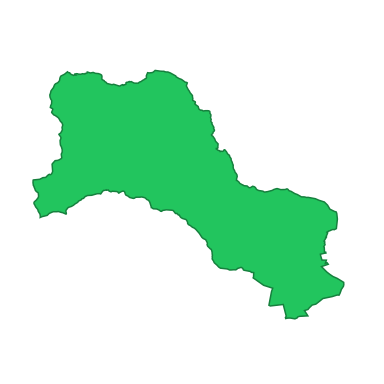 the district of Ghelinta, Covasna, Romania, rotated 185°
{"feature_id": "2599482B945421352302", "entity_name": "Ghelinta", "entity_type": "district", "adm_level": 2, "iso_a3": "ROU", "parent_name": "Romania", "parent_adm1": "Covasna", "projection": "equal_earth", "projection_center": [26.296, 45.92], "detail": "fine", "context": "isolated", "style": "filled", "palette": "green", "viewbox_px": 384, "rotation_deg": 185, "n_neighbors": 0, "source": "geoboundaries", "source_scale": "gbopen_adm2", "svg_char_len": 6066}
<svg xmlns="http://www.w3.org/2000/svg" viewBox="0 0 384 384"><g transform="rotate(185 192 192)"><path d="M326.5,300.9L329.3,298.2L332.7,296.1L333.2,295.1L333.5,293.9L333.7,291.3L335.2,289.2L337.4,287.9L338.3,286.7L339.1,284.0L341.3,280.4L341.6,278.1L342.1,276.3L341.7,274.2L340.7,272.1L340.0,271.3L339.7,270.6L339.6,267.5L340.3,265.7L340.5,263.8L338.3,262.9L337.9,262.4L338.1,261.3L338.7,259.5L338.7,258.9L336.5,256.8L334.8,256.2L331.9,254.5L331.0,253.6L329.2,250.9L327.6,249.6L326.6,247.5L327.1,244.9L326.6,242.9L326.8,241.9L328.0,239.3L329.5,238.1L329.6,237.7L328.0,235.9L327.3,234.8L327.3,233.7L327.9,231.9L327.7,230.3L327.2,227.4L326.0,225.5L325.0,222.9L324.8,220.2L325.4,218.9L325.5,218.0L324.7,214.7L325.3,213.8L327.1,212.5L328.6,211.8L331.1,211.3L333.5,208.1L333.8,207.5L333.7,206.9L332.6,200.3L333.3,198.1L334.0,197.2L334.6,196.9L335.5,197.2L336.2,196.9L337.2,196.0L339.0,193.8L341.8,193.3L344.8,191.4L351.0,190.2L351.3,190.0L351.2,187.4L350.6,184.7L349.7,183.5L349.6,182.8L348.8,181.5L348.2,180.0L347.0,178.8L345.2,177.9L344.6,175.4L344.5,173.8L344.7,173.1L346.3,170.5L348.0,168.7L348.4,168.1L348.5,167.2L348.2,166.3L347.3,165.1L346.5,163.6L344.1,161.1L343.5,159.4L341.5,156.7L341.0,154.8L341.0,153.4L339.4,154.3L334.2,156.1L332.4,158.2L329.1,160.0L328.2,160.3L325.5,160.5L323.2,160.9L320.6,160.3L318.9,160.1L315.6,159.0L315.3,159.4L315.4,160.0L316.0,161.9L315.9,162.8L314.2,165.5L313.4,166.1L310.9,167.1L308.9,168.5L307.4,170.0L305.0,171.7L304.3,173.0L301.6,174.6L301.1,175.6L299.5,176.2L298.1,178.1L295.8,179.4L291.6,180.0L286.4,182.0L284.0,182.3L282.8,182.1L281.3,184.6L280.2,185.9L279.0,186.0L277.6,186.7L277.3,186.3L275.5,186.7L274.7,185.7L272.7,185.1L271.5,185.8L267.0,185.9L265.9,185.6L265.3,184.8L264.8,184.5L263.9,185.3L261.7,186.6L260.9,186.9L259.9,186.8L259.1,186.2L258.2,184.0L257.5,183.1L255.5,182.4L253.6,181.1L249.9,180.5L249.1,180.7L247.4,181.9L243.5,182.3L241.6,182.7L238.7,182.2L237.6,181.7L236.6,180.7L234.5,179.9L233.2,178.2L231.3,173.6L231.2,172.9L230.8,172.9L229.1,171.9L225.6,172.0L223.1,171.1L221.5,170.1L220.5,170.1L219.8,171.0L216.0,172.0L210.5,172.1L209.1,171.9L206.6,169.2L205.7,169.1L205.1,169.4L203.6,167.9L202.8,168.0L201.3,166.0L200.3,165.3L198.8,164.7L195.7,164.1L194.8,163.3L193.7,161.3L193.6,160.3L192.7,159.2L190.7,158.4L188.5,156.9L186.5,156.2L184.8,155.0L181.1,151.4L178.2,147.7L176.7,146.6L174.2,145.7L172.3,142.7L172.2,141.4L172.4,140.9L171.7,139.4L168.6,136.8L167.9,136.6L167.6,136.1L166.8,134.1L166.4,131.5L166.1,130.9L166.3,129.8L166.0,128.3L166.1,127.1L164.4,124.9L163.7,123.5L160.7,121.3L158.9,119.6L157.1,118.6L150.0,118.4L147.8,117.6L146.4,117.7L144.1,118.1L141.5,118.3L140.3,119.3L140.0,119.8L136.5,121.2L135.0,120.5L134.6,120.1L134.1,119.0L133.4,118.6L126.7,117.9L125.9,117.1L123.5,117.1L123.3,112.9L123.6,111.8L112.5,105.3L103.2,103.2L104.1,99.8L105.5,85.9L104.1,85.3L91.3,87.9L87.4,76.8L87.4,76.2L88.0,75.1L87.6,74.1L85.9,74.7L83.1,75.0L78.4,74.6L76.3,75.7L75.7,76.8L74.1,77.5L65.8,78.7L69.6,83.7L66.2,85.1L65.1,86.8L62.4,89.9L59.4,90.9L58.6,91.3L52.3,97.3L43.0,100.1L38.5,102.0L36.5,102.1L36.5,102.5L35.9,103.4L34.9,107.0L34.9,107.6L32.9,111.3L32.7,113.0L33.0,115.2L39.8,118.6L44.2,120.1L47.6,122.0L50.8,124.1L56.2,128.7L56.5,129.0L50.0,131.9L51.3,133.3L52.9,132.7L52.2,135.8L56.6,135.5L58.2,139.5L58.7,141.2L54.5,142.6L53.3,142.8L53.5,143.7L54.8,143.8L55.4,148.2L56.0,149.0L55.1,150.6L54.9,151.6L55.6,152.3L55.3,153.8L56.2,154.5L54.3,158.5L54.7,158.5L53.3,163.1L54.1,163.7L52.3,165.1L51.7,165.2L49.5,166.5L48.2,167.0L47.1,166.8L45.0,168.1L44.8,177.7L45.9,183.2L46.6,184.7L48.5,185.1L53.1,186.9L55.8,190.7L59.3,193.6L64.7,194.8L68.6,196.1L76.1,196.8L77.0,196.5L79.4,196.9L82.6,196.7L86.9,198.7L89.3,199.3L93.4,201.3L95.3,201.7L96.8,203.1L97.7,203.4L99.4,202.6L103.8,202.1L107.2,202.8L108.1,202.7L110.8,201.6L112.2,200.6L116.6,199.0L119.8,198.2L121.4,199.0L125.6,199.3L127.2,199.8L128.2,200.5L129.2,202.0L130.7,202.8L132.1,203.0L133.8,201.7L134.9,201.3L135.8,201.4L137.6,202.8L140.6,202.8L145.1,204.7L146.2,206.1L148.0,207.3L148.7,207.4L148.7,209.5L148.3,211.3L148.7,213.0L149.8,214.5L150.7,215.2L151.6,217.3L152.6,218.4L153.2,220.4L153.3,222.4L153.9,223.4L154.7,225.4L155.7,227.0L156.0,228.7L157.5,230.5L157.9,231.8L159.9,233.1L161.1,235.0L163.0,236.9L163.6,236.9L164.3,235.7L165.1,235.1L166.7,235.2L167.4,234.7L167.9,235.4L169.8,235.9L171.6,237.0L171.6,237.5L170.5,237.7L170.0,238.3L170.2,238.9L170.2,242.2L172.8,244.5L173.2,245.1L174.0,246.9L176.1,249.4L177.3,250.0L177.6,250.7L176.4,252.1L176.1,253.6L175.2,254.7L175.0,255.6L175.8,256.7L176.1,257.5L175.8,257.7L175.9,258.4L178.2,261.7L178.0,262.5L178.2,262.9L179.0,263.5L179.5,264.3L179.2,265.9L180.1,267.8L179.8,269.4L180.0,270.8L180.9,271.8L181.2,273.6L181.5,274.0L182.7,274.4L185.6,274.2L187.9,273.7L189.3,274.4L190.6,274.2L192.5,275.4L193.3,277.7L196.4,279.6L196.9,280.2L196.9,280.5L196.4,281.1L196.7,282.2L199.2,283.3L199.4,284.1L199.3,285.1L199.8,286.8L200.0,288.2L202.8,291.0L203.3,292.1L204.6,293.5L206.9,297.2L206.2,300.3L206.8,300.7L208.3,300.8L212.2,303.2L215.3,304.1L216.3,304.7L217.7,305.2L218.3,306.2L223.9,308.7L226.6,309.5L227.1,309.3L229.5,309.4L230.4,309.8L233.5,309.6L239.3,309.9L240.9,308.2L242.0,307.5L245.0,306.9L246.6,307.0L247.6,303.9L247.5,302.7L247.3,302.0L247.6,301.2L249.1,300.3L249.8,299.5L250.8,299.0L252.2,297.7L254.1,296.8L254.9,295.8L257.6,295.5L259.3,295.5L262.2,296.7L263.8,296.2L264.2,296.6L265.2,295.9L266.9,295.5L267.3,295.0L267.2,293.9L267.3,293.5L268.9,292.9L269.3,292.3L269.9,292.2L270.1,292.8L270.6,292.9L272.2,292.0L272.7,291.5L273.7,291.2L279.4,292.5L281.1,291.9L286.1,292.7L287.2,293.8L288.7,294.5L289.3,295.3L291.4,296.2L291.7,297.1L291.8,299.5L292.3,300.6L293.3,301.2L295.5,301.8L298.6,301.8L300.9,302.5L303.6,301.7L306.6,302.4L306.8,302.4L306.8,301.7L306.9,301.4L307.9,301.1L308.3,300.6L308.9,300.7L309.4,300.2L311.5,300.3L313.2,299.5L314.0,299.7L314.9,299.3L316.0,299.8L317.4,299.8L318.2,299.4L318.7,299.5L319.1,299.3L319.2,299.1L318.1,298.4L319.5,298.2L320.2,297.8L322.7,298.7L323.6,299.2L324.0,299.9L324.3,300.1L325.7,300.2L326.5,300.9Z" fill="#22c55e" stroke="#15803d" stroke-width="1.5"/></g></svg>